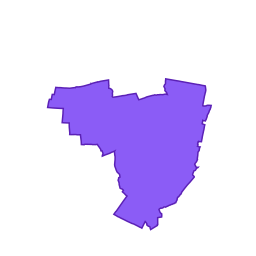 the district of Oltenesti, Vaslui, Romania, rotated 305°
{"feature_id": "2599482B69847622233243", "entity_name": "Oltenesti", "entity_type": "district", "adm_level": 2, "iso_a3": "ROU", "parent_name": "Romania", "parent_adm1": "Vaslui", "projection": "robinson", "projection_center": [27.897, 46.604], "detail": "fine", "context": "isolated", "style": "filled", "palette": "violet", "viewbox_px": 256, "rotation_deg": 305, "n_neighbors": 0, "source": "geoboundaries", "source_scale": "gbopen_adm2", "svg_char_len": 5644}
<svg xmlns="http://www.w3.org/2000/svg" viewBox="0 0 256 256"><g transform="rotate(305 128 128)"><path d="M189.9,130.7L189.1,131.2L188.5,131.6L188.2,131.6L186.1,133.1L185.7,133.3L185.4,133.3L184.3,133.2L183.7,133.4L183.1,133.4L182.7,133.5L182.4,134.0L181.5,135.6L181.3,136.0L180.5,136.3L180.0,136.6L179.7,137.0L179.5,137.7L179.4,138.4L179.2,139.2L178.0,141.0L177.2,139.1L176.6,138.6L176.0,138.0L175.3,137.4L174.8,136.6L174.1,135.6L173.8,135.0L173.1,134.5L172.6,133.7L172.2,133.1L171.1,132.3L170.5,130.9L170.2,130.7L169.7,130.3L169.5,130.2L169.3,130.1L169.2,129.9L169.0,129.6L168.2,128.9L164.2,125.5L162.1,124.3L160.6,123.1L159.5,122.4L157.3,120.6L158.9,118.0L160.9,114.7L160.4,114.2L155.1,108.7L154.0,107.9L152.9,106.8L152.2,106.0L151.2,104.8L150.7,104.4L149.7,103.4L148.0,101.7L145.7,99.3L144.8,98.3L144.4,97.6L144.3,97.4L144.2,97.4L145.8,96.6L147.0,95.7L147.4,95.3L147.8,95.1L149.1,94.6L149.3,94.3L149.6,94.0L149.8,93.6L150.1,92.8L150.2,92.2L150.1,90.8L149.9,90.2L149.5,89.5L149.7,89.3L150.3,88.9L151.3,88.2L152.0,87.9L152.4,87.4L156.2,84.5L150.7,78.9L148.2,76.8L148.2,76.7L148.2,76.4L147.7,76.2L147.2,75.7L143.1,72.3L143.1,72.2L142.9,72.3L142.6,72.3L142.5,72.2L137.0,67.7L135.4,66.2L134.5,65.3L133.1,63.7L132.6,62.9L132.1,62.2L131.7,61.8L131.3,61.9L131.2,62.0L131.2,62.3L130.8,61.5L130.3,60.9L127.1,57.4L125.2,54.3L124.5,53.3L123.6,51.8L123.0,50.8L122.7,50.1L120.8,47.3L120.5,46.6L120.2,46.3L119.9,45.6L117.8,46.4L113.1,48.4L112.3,47.1L112.1,46.7L110.9,47.2L107.4,48.8L107.0,48.1L106.4,47.2L103.7,48.1L98.7,50.4L99.3,51.4L101.3,54.9L105.3,61.4L106.9,63.8L104.3,65.3L102.5,66.5L94.6,71.0L95.5,72.5L98.4,77.0L96.5,78.3L94.9,79.5L90.6,83.1L89.7,83.7L89.2,84.0L89.6,84.6L90.3,85.7L92.3,88.4L92.7,89.0L93.0,89.6L93.3,90.3L93.7,90.9L95.2,92.9L90.3,97.3L87.7,99.3L89.1,101.6L89.3,101.5L89.5,101.6L90.1,102.2L90.9,103.4L93.7,107.6L94.2,108.7L95.4,110.4L95.8,111.0L96.2,111.4L96.6,111.9L96.8,112.0L97.0,112.3L96.4,113.6L95.8,115.4L95.2,116.9L95.0,117.6L94.8,117.9L94.4,118.2L94.2,118.5L93.8,119.0L94.4,119.7L94.2,120.0L93.9,120.5L93.5,121.2L93.1,121.6L92.9,122.0L92.7,122.2L92.4,122.4L91.5,122.5L90.8,122.7L90.2,123.1L92.8,124.7L96.9,127.6L99.1,128.7L99.3,129.0L100.3,129.5L100.8,130.0L101.4,130.3L100.7,130.4L100.0,131.2L98.2,132.7L97.6,133.4L96.8,134.1L94.6,135.6L90.4,138.0L89.8,138.5L89.0,139.3L88.8,139.6L88.0,140.8L87.7,141.2L86.6,142.7L85.7,144.3L85.3,146.7L85.2,147.5L85.0,147.9L83.2,149.6L82.2,149.0L82.0,148.9L81.7,149.0L81.0,149.4L79.6,149.8L79.4,150.0L78.9,150.8L77.9,152.2L76.5,153.3L75.0,155.1L74.4,155.7L74.1,156.2L74.3,157.2L74.5,157.7L74.6,158.5L74.6,159.0L74.4,159.5L74.3,160.0L74.0,160.0L72.6,159.9L72.5,160.0L72.3,162.4L71.8,164.5L71.7,166.2L65.1,166.1L54.3,166.1L52.9,166.1L52.5,165.9L49.2,165.9L49.4,168.1L49.5,168.7L49.5,170.2L49.9,172.0L50.1,174.0L50.6,176.9L51.2,181.1L51.6,183.2L52.1,186.2L52.4,186.9L52.6,187.5L53.3,192.3L53.6,194.9L53.9,195.9L53.9,196.8L61.3,195.7L61.3,195.9L61.2,196.1L60.6,197.8L60.5,198.1L60.4,198.4L60.2,198.6L59.8,198.7L59.5,198.9L59.3,199.2L59.3,199.6L59.4,200.0L59.2,200.5L59.3,201.4L59.5,201.7L59.6,202.1L59.6,202.4L59.5,202.8L58.7,203.6L57.8,204.8L64.9,207.9L65.4,207.5L65.9,207.8L67.4,206.7L71.6,203.7L74.4,206.6L75.5,206.0L76.2,205.5L77.1,204.7L77.0,204.3L76.9,204.0L77.0,203.8L77.1,203.6L77.3,202.7L77.6,202.2L79.0,200.1L79.7,200.1L80.2,200.3L80.6,200.5L80.8,200.7L81.1,200.7L81.3,200.9L81.4,201.3L81.7,201.6L82.2,202.1L82.9,202.5L83.1,202.5L83.6,202.6L83.8,202.7L84.1,202.9L84.6,203.7L84.6,204.0L84.9,204.3L85.7,204.6L86.0,204.8L86.3,205.0L86.7,205.4L87.2,205.6L87.5,205.6L88.0,206.0L88.5,206.2L88.8,206.6L89.0,206.7L90.3,207.4L90.6,207.8L91.3,208.2L91.5,208.3L92.0,208.6L92.5,209.1L93.1,209.1L93.5,209.5L94.2,210.0L94.4,210.0L95.0,209.7L96.9,209.5L97.3,209.4L97.6,209.3L97.9,209.0L99.3,208.5L99.8,208.4L100.3,208.8L100.6,208.9L100.9,208.8L101.3,208.8L101.9,209.1L102.2,209.1L102.8,209.0L103.5,208.9L104.1,209.3L104.6,209.2L105.8,209.0L106.3,208.8L110.8,209.0L115.4,209.3L118.4,209.7L118.6,209.8L118.9,209.8L125.8,210.4L126.1,210.2L126.2,209.9L126.5,208.9L126.5,208.3L126.6,208.0L126.9,207.7L127.5,207.4L128.9,207.0L130.8,206.6L131.7,207.3L131.9,207.4L132.9,207.4L133.5,207.3L134.2,207.2L134.7,207.5L135.0,207.4L135.8,208.0L136.0,208.0L135.7,207.7L135.4,207.2L135.3,206.9L135.2,206.6L135.2,206.2L135.3,205.8L135.2,205.6L135.5,205.3L135.5,205.1L136.1,204.6L136.2,204.3L136.2,203.7L137.0,203.3L137.4,203.3L138.1,203.3L138.7,203.4L140.1,203.4L141.2,203.1L141.9,203.1L142.1,202.7L143.3,202.0L143.5,201.9L145.3,201.0L148.3,199.2L148.7,199.2L150.4,199.2L151.2,198.8L152.4,198.2L153.8,197.9L153.6,197.6L153.2,196.6L152.9,195.5L153.3,195.5L154.8,194.7L154.7,194.5L154.6,194.4L155.3,193.9L156.0,193.7L156.5,193.4L156.7,193.7L157.5,193.5L157.9,194.5L158.9,196.0L160.9,195.1L161.6,194.8L162.5,194.4L163.0,194.1L166.0,192.8L167.5,192.2L169.3,191.4L170.0,191.2L173.1,189.7L173.6,189.5L174.7,189.1L174.2,187.3L174.2,187.0L174.1,186.3L177.1,184.9L177.1,185.4L177.2,185.6L177.4,185.6L177.5,185.9L177.9,186.6L178.1,187.3L180.3,187.0L181.2,186.7L181.9,186.5L182.4,186.4L183.1,186.1L183.6,185.7L183.8,185.7L184.8,185.5L185.2,185.5L185.5,185.5L186.3,185.4L187.4,185.2L188.9,184.7L190.3,184.6L190.8,184.5L191.5,184.2L192.2,184.1L193.2,183.6L194.2,183.2L193.5,182.0L192.2,180.1L191.8,179.7L191.1,179.4L190.1,178.4L189.6,177.6L189.2,176.9L189.1,176.6L189.3,176.4L190.4,175.8L197.4,172.6L197.5,172.5L199.4,171.8L200.8,171.2L201.8,170.9L203.7,170.0L205.4,168.5L205.9,168.0L206.2,167.8L206.7,167.1L206.8,167.0L205.7,164.8L204.1,161.0L203.6,160.2L203.3,159.5L201.8,156.3L199.1,150.4L197.4,146.7L196.5,144.8L195.7,142.9L194.8,141.1L193.7,138.8L189.9,130.7Z" fill="#8b5cf6" stroke="#5b21b6" stroke-width="1.5"/></g></svg>